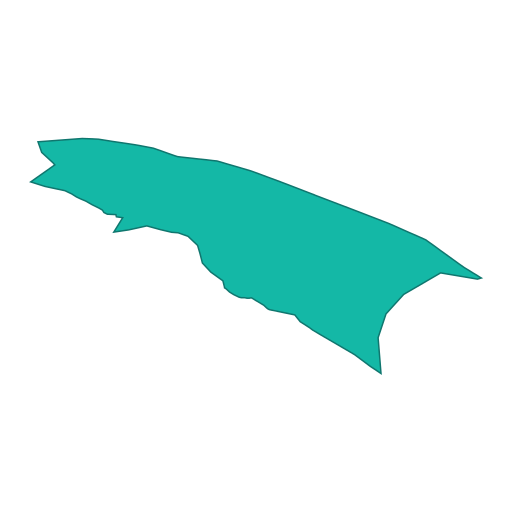 outline of Burullus, Kafr ash Shaykh, Egypt
{"feature_id": "37247803B81519659380298", "entity_name": "Burullus", "entity_type": "district", "adm_level": 2, "iso_a3": "EGY", "parent_name": "Egypt", "parent_adm1": "Kafr ash Shaykh", "projection": "mercator", "projection_center": [31.2, 31.522], "detail": "fine", "context": "isolated", "style": "filled", "palette": "teal", "viewbox_px": 512, "rotation_deg": 0, "n_neighbors": 0, "source": "geoboundaries", "source_scale": "gbopen_adm2", "svg_char_len": 1802}
<svg xmlns="http://www.w3.org/2000/svg" viewBox="0 0 512 512"><path d="M224.5,287.8L226.2,288.9L229.5,292.0L233.7,294.6L239.1,297.2L241.2,297.7L244.6,297.7L247.1,298.2L249.2,298.2L251.3,297.8L253.0,298.7L256.3,300.8L256.9,301.1L263.9,305.3L264.4,305.8L266.5,307.8L267.7,308.8L269.3,309.6L271.5,310.1L294.8,314.9L300.2,321.7L309.1,327.4L312.9,330.2L321.5,335.3L343.1,347.9L354.7,354.7L370.2,366.3L381.0,373.5L378.1,337.7L386.0,313.9L403.7,294.4L440.6,272.9L477.4,279.1L477.5,279.1L481.3,278.0L479.6,277.0L476.8,275.2L473.1,273.0L472.0,272.3L465.3,268.2L464.0,267.4L462.9,266.6L459.2,264.0L452.7,259.3L447.6,255.6L440.2,250.3L434.8,246.3L427.9,241.4L425.9,239.9L417.0,235.9L408.7,232.3L391.9,224.8L391.1,224.5L389.1,223.6L388.6,223.4L387.3,222.9L382.9,221.2L371.5,216.8L360.9,212.7L348.9,208.1L338.6,204.2L314.0,194.8L314.0,194.7L311.3,193.7L286.7,184.2L285.1,183.6L280.1,181.7L267.1,176.9L259.1,173.9L251.1,171.0L237.3,166.9L226.9,163.9L220.9,162.1L217.1,161.0L212.3,160.5L205.7,159.7L197.8,158.9L193.5,158.4L187.9,157.8L181.5,157.1L177.5,156.6L174.4,155.6L168.4,153.5L159.5,150.3L159.4,150.3L155.7,149.0L153.4,148.2L150.9,147.7L148.7,147.3L139.3,145.5L134.6,144.7L125.4,143.3L112.3,141.4L109.3,140.9L98.5,139.2L92.7,138.9L82.2,138.5L74.1,139.1L63.5,139.9L38.0,141.8L41.7,152.4L53.1,162.9L54.8,164.9L30.7,181.9L44.9,186.4L52.3,188.0L56.5,188.9L60.0,189.6L65.0,190.7L68.1,192.2L71.7,193.9L76.4,196.9L80.6,198.9L85.6,201.0L92.1,204.7L99.2,208.2L101.7,209.7L102.5,210.2L103.9,212.5L107.3,214.2L111.2,214.4L115.9,214.6L116.4,216.8L122.7,217.7L113.8,232.1L128.6,229.9L135.9,228.3L146.8,225.9L160.3,229.6L164.9,230.7L171.7,232.3L178.3,232.8L179.0,233.1L188.0,236.3L197.6,245.4L200.0,253.6L202.4,263.0L210.8,272.1L222.9,280.8L224.5,287.2L224.5,287.8Z" fill="#14b8a6" stroke="#0f766e" stroke-width="1.5"/></svg>